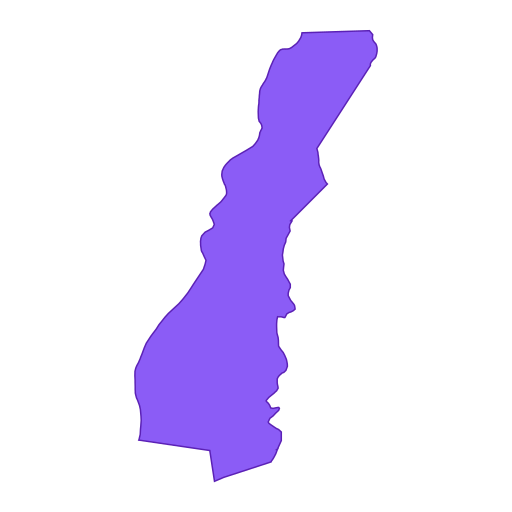 Saltibus, Choiseul, Saint Lucia (Mercator projection)
{"feature_id": "8701671B43129052292298", "entity_name": "Saltibus", "entity_type": "district", "adm_level": 2, "iso_a3": "LCA", "parent_name": "Saint Lucia", "parent_adm1": "Choiseul", "projection": "mercator", "projection_center": [-61.01, 13.813], "detail": "fine", "context": "isolated", "style": "filled", "palette": "violet", "viewbox_px": 512, "rotation_deg": 0, "n_neighbors": 0, "source": "geoboundaries", "source_scale": "gbopen_adm2", "svg_char_len": 5877}
<svg xmlns="http://www.w3.org/2000/svg" viewBox="0 0 512 512"><path d="M302.0,32.8L301.6,35.2L301.2,36.4L300.8,37.5L300.6,37.9L300.2,38.5L298.8,40.9L297.3,42.8L296.6,43.5L296.3,43.8L295.9,44.1L291.7,47.4L291.3,47.7L291.1,47.7L290.9,47.9L290.6,48.0L290.3,48.2L289.7,48.5L288.8,48.8L287.9,48.9L287.7,49.0L285.8,49.0L285.6,49.1L285.3,49.0L284.5,49.0L283.6,49.1L283.4,49.1L282.6,49.1L282.4,49.2L281.5,49.5L280.9,49.6L280.6,49.8L280.2,50.0L279.7,50.5L279.2,50.9L279.1,51.2L278.7,51.5L278.5,51.8L277.8,52.6L277.3,53.4L277.2,53.6L276.3,55.1L275.1,57.2L273.7,59.7L272.7,61.8L272.2,63.1L271.9,63.7L271.3,65.0L270.8,66.2L270.1,67.9L270.0,68.3L269.7,68.9L267.2,76.5L267.0,77.0L266.7,77.9L266.6,78.1L266.0,79.1L265.9,79.5L265.5,80.2L265.0,81.1L264.9,81.2L264.6,81.8L264.4,82.0L263.2,83.7L262.4,85.2L261.6,86.3L261.5,86.5L261.0,87.4L260.6,88.2L260.3,89.0L260.2,89.3L260.1,89.8L260.0,90.2L259.9,90.4L259.8,91.1L259.7,91.4L259.7,91.8L259.7,92.3L259.6,92.7L259.6,93.1L259.6,93.5L259.5,94.3L259.5,94.6L259.4,94.8L259.4,95.1L259.4,95.3L259.3,96.1L259.3,97.2L259.1,98.7L259.0,100.0L259.0,100.7L258.9,100.9L259.0,101.3L258.9,103.0L258.9,103.5L258.8,104.1L258.7,104.5L258.7,104.9L258.6,105.2L258.6,105.5L258.5,106.0L258.5,106.7L258.4,107.0L258.4,107.5L258.4,107.9L258.3,109.1L258.2,111.7L258.4,117.7L258.5,118.1L258.5,118.3L258.5,118.7L258.7,119.1L258.8,119.8L259.1,120.8L259.1,121.2L260.7,123.2L261.2,124.1L261.7,125.4L261.8,125.8L262.1,128.1L261.9,128.4L261.8,128.6L261.2,129.9L260.9,130.3L260.6,131.0L260.5,131.4L260.3,131.7L259.9,132.5L259.8,133.1L259.6,134.1L259.6,134.5L259.5,135.1L259.4,135.4L259.4,135.6L259.2,136.5L258.9,137.2L258.8,137.8L258.7,138.1L258.3,138.8L258.0,139.6L257.9,139.9L257.6,140.4L257.4,140.6L257.0,141.3L256.8,141.5L255.9,142.8L254.9,144.1L252.8,146.4L246.1,150.5L239.3,154.4L238.3,155.0L238.1,155.1L232.8,158.1L231.5,159.1L230.7,159.6L230.5,159.8L230.3,159.9L230.2,160.1L229.7,160.6L229.5,160.8L228.6,161.7L228.4,162.0L228.2,162.1L227.5,162.8L226.3,164.1L225.8,164.7L225.6,164.9L225.3,165.3L224.6,166.3L223.9,167.3L223.2,168.8L223.0,169.3L222.2,171.0L221.9,173.7L221.8,174.3L221.8,174.7L221.8,175.1L221.9,176.2L222.0,176.9L222.3,177.8L222.4,178.5L222.9,180.0L223.1,180.6L223.3,181.2L223.5,181.6L223.7,182.2L224.0,182.8L224.4,184.1L225.1,185.1L225.4,185.9L225.6,186.5L225.7,187.0L226.4,189.8L226.6,192.1L226.6,192.9L226.6,193.2L226.5,194.0L226.4,194.2L226.3,194.7L225.5,196.1L225.3,196.2L225.2,196.4L224.1,197.8L223.9,198.1L223.6,198.5L223.4,198.7L223.3,198.9L223.0,199.2L222.6,199.7L222.4,200.0L222.1,200.4L221.8,200.7L221.6,201.0L220.9,201.8L220.5,202.2L217.5,204.8L216.8,205.3L216.6,205.5L216.2,205.9L216.0,206.1L215.7,206.4L215.2,206.8L214.7,207.3L214.4,207.6L214.2,207.8L213.9,208.0L213.3,208.5L213.1,208.7L212.9,208.9L212.7,209.3L212.4,209.5L211.9,210.1L211.5,210.5L211.3,210.9L211.1,211.1L210.8,211.5L210.4,212.0L210.3,212.7L210.0,213.3L209.9,213.5L209.9,213.9L210.0,214.2L210.0,214.5L210.1,214.9L210.2,215.4L210.9,216.6L211.1,217.1L211.3,217.4L211.5,217.7L211.8,218.2L211.9,218.4L212.3,219.0L213.1,220.9L213.8,222.9L214.3,224.4L213.3,226.6L212.7,227.9L208.5,230.4L205.2,232.1L205.1,232.3L204.9,232.4L203.9,233.5L201.8,235.8L201.0,238.0L200.9,238.4L200.8,239.4L200.6,240.6L200.6,241.0L200.5,241.4L200.6,243.2L200.6,243.9L200.6,245.1L201.4,250.8L201.6,251.1L201.9,251.9L202.5,252.7L202.8,253.4L204.3,256.8L206.0,260.3L205.1,264.2L203.4,269.3L198.8,276.2L194.4,282.8L194.1,283.3L193.4,284.3L191.5,287.3L189.4,290.5L188.1,292.5L187.2,293.7L182.7,299.4L178.9,303.7L168.4,313.4L164.8,317.4L164.4,318.0L164.0,318.4L162.7,320.1L159.0,324.7L156.3,329.0L155.7,329.8L153.8,332.3L153.1,333.2L150.8,336.3L146.3,343.2L144.3,347.8L141.9,354.3L141.2,356.0L140.6,357.4L140.4,358.2L138.5,362.6L137.5,364.4L136.8,365.7L136.1,367.3L135.7,368.4L135.0,371.3L134.9,375.8L135.1,380.0L135.1,382.3L135.2,386.5L135.2,389.6L135.3,391.6L135.3,393.0L135.6,394.4L136.5,397.9L137.5,400.0L137.8,400.8L139.2,404.6L139.6,405.8L140.4,409.5L141.0,416.2L141.2,420.3L140.8,426.1L140.5,429.1L140.3,433.0L140.2,434.6L139.8,436.2L139.6,437.0L139.1,439.3L138.8,440.1L209.8,450.5L214.5,481.3L223.2,477.6L223.3,477.5L271.1,461.9L271.5,460.9L272.6,459.5L274.2,456.8L275.8,453.7L277.4,449.4L277.0,449.4L278.0,448.6L278.0,447.9L281.3,440.6L281.3,432.0L278.6,429.5L276.2,428.4L271.2,425.0L268.9,423.3L268.2,422.0L269.9,418.3L273.1,415.9L275.4,413.4L278.7,410.3L279.4,408.4L278.8,407.5L278.3,407.4L275.5,407.9L273.0,408.4L270.7,407.9L269.7,405.4L268.3,403.2L267.3,402.4L266.1,400.9L266.2,400.5L268.8,397.4L271.0,395.6L273.9,393.3L275.2,392.0L276.6,390.8L278.1,388.2L277.9,386.5L277.4,384.3L277.2,382.6L277.2,378.9L278.0,377.2L279.3,375.5L282.1,373.0L283.8,372.4L285.9,370.4L287.4,366.3L287.3,364.0L286.8,361.2L286.4,359.4L284.7,355.4L283.2,352.5L281.0,349.8L278.6,346.2L278.5,344.6L278.4,340.3L278.1,337.5L276.9,333.1L276.8,331.9L276.6,326.4L276.6,323.8L276.9,319.8L277.6,316.7L278.5,316.8L281.2,316.8L282.8,317.2L284.1,317.6L284.9,317.5L285.6,316.2L286.8,313.9L289.2,312.4L290.8,312.0L293.3,310.7L295.1,309.1L294.8,306.9L294.5,305.4L293.8,304.2L291.7,301.6L290.8,300.6L288.2,295.7L288.2,293.2L289.0,290.0L290.3,287.6L290.3,284.2L289.4,282.6L287.7,279.4L285.7,276.4L284.3,274.0L283.3,270.3L283.6,267.1L284.0,263.9L283.1,261.0L282.4,255.0L282.9,252.1L283.3,248.9L284.3,245.2L285.7,242.0L286.1,238.3L287.9,235.1L290.1,231.0L289.4,227.4L289.8,224.6L292.0,221.0L290.8,220.7L327.4,184.0L326.0,182.5L324.1,179.0L323.3,175.9L322.3,173.1L321.1,169.6L320.5,168.1L319.8,166.8L319.1,164.8L318.7,162.2L318.8,160.6L318.7,159.3L318.6,158.0L318.4,156.8L318.4,156.1L318.1,154.7L317.9,152.4L317.5,150.9L317.2,149.7L316.8,148.6L370.4,65.6L370.3,64.2L370.5,63.5L371.1,62.2L372.9,60.0L373.9,59.1L375.0,58.1L375.8,56.8L376.7,53.6L377.1,51.1L377.1,48.6L377.0,47.5L376.7,46.2L376.2,44.7L375.7,43.7L374.4,42.3L373.5,41.1L372.7,39.7L372.4,37.5L372.7,34.6L369.4,30.7L302.0,32.8Z" fill="#8b5cf6" stroke="#5b21b6" stroke-width="1.5"/></svg>